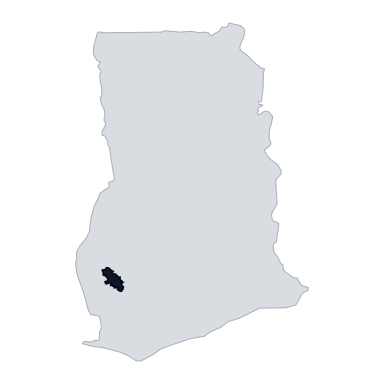 Sefwi-wiawso, Western, Ghana (highlighted)
{"feature_id": "2480657B7942392054994", "entity_name": "Sefwi-wiawso", "entity_type": "district", "adm_level": 2, "iso_a3": "GHA", "parent_name": "Ghana", "parent_adm1": "Western", "projection": "orthographic", "projection_center": [-2.458, 6.306], "detail": "fine", "context": "in_parent", "style": "filled", "palette": "ink", "viewbox_px": 384, "rotation_deg": 0, "n_neighbors": 0, "source": "geoboundaries", "source_scale": "gbopen_adm2", "svg_char_len": 6481}
<svg xmlns="http://www.w3.org/2000/svg" viewBox="0 0 384 384"><path d="M240.7,25.7L244.0,28.8L244.8,30.6L243.6,37.5L241.3,42.3L239.8,46.7L240.0,49.0L241.5,51.2L246.5,54.7L249.1,57.0L252.2,60.4L255.8,63.8L261.8,68.1L264.4,68.9L264.3,70.1L263.5,71.8L263.0,88.2L262.6,92.5L262.2,94.6L261.7,100.8L261.1,101.6L259.9,101.6L258.9,101.8L258.6,103.0L259.1,104.3L262.7,105.1L261.9,106.1L259.2,106.9L258.0,108.8L258.5,110.9L257.1,112.6L257.5,113.7L258.5,114.6L260.0,114.2L264.2,111.4L266.0,111.1L268.2,111.6L272.3,115.9L272.5,118.0L270.9,125.3L269.3,130.9L269.1,138.3L270.8,142.5L270.6,144.8L268.8,146.8L264.6,149.7L264.9,151.6L266.9,155.3L270.4,159.3L277.4,164.3L281.1,170.9L281.2,173.6L279.1,176.3L276.6,178.6L275.8,182.0L277.1,204.0L271.7,213.6L271.7,216.3L272.2,219.5L273.7,221.4L276.5,221.9L278.8,223.7L278.1,230.5L276.9,237.3L276.7,240.6L276.1,242.2L273.9,243.5L273.1,245.7L273.7,248.3L273.3,250.3L274.5,252.9L277.0,256.0L281.1,263.9L282.6,264.5L283.3,266.2L282.9,267.8L284.5,271.3L289.0,274.7L293.7,277.8L297.5,278.2L298.4,280.9L301.0,284.4L302.8,285.9L305.7,286.8L308.1,287.3L308.2,290.3L303.9,292.3L301.0,295.4L298.9,300.0L295.8,305.1L285.3,307.8L281.3,307.9L259.7,308.1L239.4,318.2L227.8,321.8L220.6,327.4L211.0,331.5L204.3,336.3L190.3,338.7L167.3,346.4L160.1,349.4L152.8,354.7L141.0,361.0L136.4,360.9L127.1,355.1L120.1,352.2L103.1,347.7L90.4,346.0L84.2,344.1L82.5,343.7L84.0,341.6L87.5,341.5L91.2,342.2L94.1,340.6L98.2,340.4L99.3,338.7L99.6,334.5L99.6,331.1L101.0,329.6L101.4,325.6L99.4,316.8L97.9,315.8L90.5,314.5L90.0,312.7L88.6,310.9L87.2,306.3L85.6,299.5L83.0,291.1L78.1,277.3L76.8,272.4L76.0,267.4L75.8,261.4L76.9,259.2L76.7,256.1L76.3,253.0L79.8,246.0L86.7,237.4L88.1,234.2L89.4,232.1L89.6,229.0L90.8,218.9L94.1,206.7L96.2,202.1L97.6,199.7L99.2,195.6L99.7,193.7L106.0,188.9L108.9,187.7L109.5,185.8L108.5,183.7L109.0,182.3L110.5,181.6L112.8,181.1L114.5,179.1L111.9,164.1L109.7,149.2L109.6,147.9L108.3,145.8L107.0,139.7L104.9,136.1L102.0,135.0L102.0,131.6L105.0,125.9L105.7,122.5L104.3,121.5L104.1,118.9L105.1,114.6L104.6,112.0L104.1,109.2L101.0,102.7L100.2,98.1L101.8,95.4L101.8,89.4L100.1,80.3L99.8,74.5L101.0,72.1L100.4,69.9L98.2,67.7L98.0,65.6L100.0,63.5L99.7,61.9L97.3,60.7L95.2,57.9L93.3,53.5L93.7,46.4L97.3,33.2L97.7,32.1L101.8,32.2L101.8,32.8L114.4,32.6L128.7,32.5L145.9,32.3L161.5,32.1L162.2,31.5L164.7,30.8L180.5,32.1L190.3,31.4L194.5,31.8L197.6,32.7L204.4,32.2L208.0,32.5L210.8,35.7L211.9,35.7L213.4,34.3L216.1,32.7L218.9,31.5L220.8,28.9L222.0,26.9L223.8,27.3L226.4,27.2L228.1,25.6L228.8,23.0L240.7,25.7Z" fill="#d9dde1" stroke="#a8b0b8" stroke-width="1"/><path d="M103.3,274.7L103.6,275.0L103.8,275.2L103.7,275.3L104.1,275.5L104.2,275.4L104.3,275.3L104.7,275.4L104.7,275.5L104.9,275.5L104.9,275.4L105.1,275.2L105.2,275.3L105.3,275.2L105.5,275.2L105.5,275.4L105.7,275.5L105.7,275.8L105.8,275.8L105.8,276.0L106.2,275.9L106.4,276.1L106.5,276.3L106.5,276.5L106.4,276.8L106.5,276.8L107.0,277.3L107.1,277.9L107.3,278.1L107.7,278.5L108.1,278.6L108.0,278.8L108.1,279.0L108.3,279.2L108.0,279.3L107.9,279.2L107.6,279.6L107.7,280.8L107.3,281.4L106.7,281.2L106.2,281.2L106.0,281.4L105.7,281.3L105.0,281.8L105.4,282.2L105.6,282.5L105.4,282.9L105.3,283.0L105.5,283.4L105.8,283.4L105.8,283.5L106.0,283.7L106.2,283.9L106.3,283.9L106.7,283.9L106.8,283.9L107.0,283.7L108.2,283.1L108.4,283.2L108.6,283.2L108.8,283.3L109.4,282.8L109.7,282.6L109.8,282.5L110.0,282.4L110.1,282.6L110.3,282.8L110.5,283.0L110.8,283.2L111.1,283.3L111.3,283.3L111.4,283.6L111.4,283.8L111.2,283.8L111.1,284.2L110.9,284.0L110.7,284.1L110.8,284.1L110.8,284.3L110.7,284.2L110.7,284.3L110.6,284.5L110.6,284.8L110.7,284.7L110.8,284.8L111.0,284.9L111.1,285.0L111.2,284.9L111.1,285.0L111.3,285.2L111.2,285.3L111.3,285.5L111.6,285.5L111.9,285.4L112.2,285.4L112.3,285.3L112.5,285.2L112.9,285.6L113.2,285.6L113.5,285.6L114.0,285.8L113.9,285.9L113.6,286.0L113.3,286.2L113.2,286.3L114.2,286.6L114.2,287.8L116.5,287.8L117.7,287.5L117.4,287.9L117.4,288.2L117.6,288.4L117.7,288.6L117.7,288.8L117.6,289.0L117.6,289.3L117.6,289.5L117.9,289.4L118.0,289.3L118.3,289.6L118.3,289.8L118.3,290.0L118.6,290.3L119.0,290.5L119.2,290.8L119.4,291.0L120.1,290.9L120.3,291.0L120.5,291.2L120.8,291.2L121.0,291.3L121.3,291.3L121.4,291.2L121.6,291.2L121.6,290.9L121.6,290.7L122.1,290.3L122.2,290.1L122.3,290.0L122.3,289.8L122.5,289.6L122.8,289.4L123.0,289.2L123.1,288.9L123.1,288.7L123.1,288.4L122.9,288.3L123.1,288.1L123.0,287.8L123.1,287.7L123.3,287.5L123.2,287.4L123.3,287.3L123.4,287.2L123.4,286.9L123.2,286.8L123.2,286.7L123.0,286.4L122.9,286.4L122.7,286.2L122.6,285.9L122.2,285.7L121.9,285.5L121.8,285.4L121.6,285.4L121.4,285.4L121.4,285.1L121.4,284.9L121.5,284.7L121.3,284.7L121.2,284.6L120.9,284.4L121.0,284.2L120.9,284.0L120.9,283.8L121.0,283.6L121.3,283.7L121.4,283.8L121.6,283.8L121.6,283.7L121.8,283.6L121.9,283.4L122.0,283.2L121.9,283.1L122.0,283.1L122.1,282.8L122.3,282.7L122.3,282.8L122.5,282.8L122.7,282.7L122.8,282.5L122.7,282.4L122.8,282.2L122.7,282.1L122.8,282.1L122.7,282.0L122.5,281.7L122.2,281.6L122.1,281.4L121.9,281.3L121.8,281.1L121.8,280.9L121.7,280.8L121.7,280.7L121.3,280.5L121.0,280.5L120.8,280.3L120.7,280.3L120.7,280.2L120.6,279.9L120.3,279.7L120.2,279.6L120.0,279.4L119.9,279.3L120.0,278.9L120.1,277.7L120.2,277.1L119.6,277.1L119.4,277.2L119.2,277.3L119.1,277.2L119.0,277.3L118.8,277.2L118.7,277.3L118.6,277.2L118.5,276.9L118.2,276.9L117.9,276.5L117.6,276.2L117.3,275.9L117.1,275.8L117.1,275.7L116.9,275.7L116.7,275.7L116.4,275.3L116.4,275.0L116.3,274.9L116.2,274.7L116.0,274.4L115.9,274.4L115.6,274.2L115.4,274.1L115.1,274.0L114.9,274.0L114.6,273.8L114.0,273.9L112.4,274.5L112.3,274.0L112.2,273.9L112.1,273.7L111.9,273.4L111.7,273.1L111.9,273.0L112.1,272.9L112.1,272.6L112.3,272.5L112.5,272.3L112.6,272.1L112.8,272.0L112.8,271.9L113.0,271.9L113.4,271.7L113.4,271.4L113.1,271.4L112.8,271.2L112.5,271.2L112.3,271.0L112.2,270.9L112.0,270.6L111.9,270.6L111.5,270.3L111.3,270.2L111.2,270.2L110.9,270.0L110.8,269.9L110.7,270.0L110.3,269.8L110.2,269.6L110.0,269.0L109.7,268.9L109.6,268.6L109.2,268.2L108.7,268.1L108.5,267.9L107.7,267.7L107.6,267.8L107.2,267.7L107.0,267.9L106.6,267.7L106.2,267.9L106.2,268.2L106.1,268.3L106.0,268.7L105.8,268.8L105.7,269.0L105.4,269.3L105.1,269.5L102.2,270.0L102.2,270.5L102.4,270.8L102.5,271.1L102.7,271.3L102.8,271.6L103.3,271.4L103.5,271.5L103.4,271.6L103.5,271.8L103.5,272.1L103.4,272.1L103.3,272.3L103.4,272.5L103.4,272.8L103.2,273.1L103.0,273.3L103.1,273.6L103.3,273.7L103.4,273.9L103.4,274.1L103.4,274.5L103.3,274.7Z" fill="#0f172a" stroke="#020617" stroke-width="1.5"/></svg>